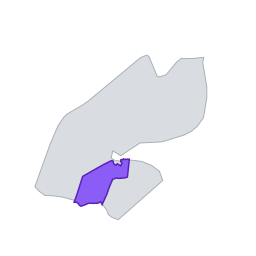 Dilkhil, Dikhil, Djibouti shown in context, rotated 23°
{"feature_id": "41766387B9467441741428", "entity_name": "Dilkhil", "entity_type": "district", "adm_level": 2, "iso_a3": "DJI", "parent_name": "Djibouti", "parent_adm1": "Dikhil", "projection": "equal_earth", "projection_center": [42.604, 11.271], "detail": "fine", "context": "in_parent", "style": "filled", "palette": "violet", "viewbox_px": 256, "rotation_deg": 23, "n_neighbors": 0, "source": "geoboundaries", "source_scale": "gbopen_adm2", "svg_char_len": 1844}
<svg xmlns="http://www.w3.org/2000/svg" viewBox="0 0 256 256"><g transform="rotate(23 128 128)"><path d="M180.5,162.7L173.6,177.1L164.8,195.4L154.8,216.3L148.5,216.5L143.6,215.3L140.3,211.7L133.4,207.9L125.7,207.6L118.3,211.2L105.8,215.7L94.5,217.2L85.4,219.7L77.9,222.6L71.1,221.0L65.2,218.4L63.9,196.1L62.6,172.0L62.7,153.2L64.8,142.8L66.7,138.7L77.3,124.4L81.0,118.5L93.2,94.8L103.7,74.5L111.5,59.3L113.9,56.3L117.1,53.4L119.5,54.2L134.6,68.9L137.3,68.5L142.4,63.9L147.0,48.3L150.2,42.6L151.6,42.7L161.3,38.3L170.1,33.4L171.2,38.5L184.6,59.6L188.9,69.9L193.4,88.9L191.1,99.4L187.6,106.3L182.5,112.4L164.7,127.5L144.9,137.1L132.2,156.3L122.8,155.0L124.3,162.2L127.8,163.0L133.3,161.7L144.2,156.1L153.8,153.4L164.3,153.2L173.8,155.6L180.5,162.7Z" fill="#d9dde1" stroke="#a8b0b8" stroke-width="1"/><path d="M105.2,190.3L106.9,208.4L107.4,217.4L108.2,217.2L109.2,216.6L109.6,216.6L111.0,216.7L112.7,217.5L113.5,218.1L115.1,218.4L115.9,217.8L116.0,217.8L117.0,216.7L117.8,216.1L121.0,212.8L122.1,212.2L124.6,211.2L125.9,210.8L128.4,209.4L129.0,209.5L129.9,208.7L131.1,207.1L131.6,206.7L132.3,206.8L133.4,207.7L133.5,208.0L134.1,208.6L134.4,197.4L133.9,190.0L133.9,181.2L136.7,178.7L139.9,177.7L144.6,175.1L146.5,173.6L146.4,172.6L141.4,156.1L141.2,156.1L140.6,156.7L139.3,157.0L138.7,157.5L137.9,157.7L136.8,158.6L136.4,158.6L136.2,158.3L135.8,158.2L135.7,158.6L134.9,159.6L134.1,159.7L133.8,160.3L133.9,160.6L134.4,161.3L134.3,161.6L134.5,161.9L135.6,162.2L136.1,162.6L136.2,163.7L136.1,164.0L136.0,164.6L136.3,164.7L136.2,164.9L135.9,165.2L135.8,165.8L135.4,165.5L134.8,165.6L133.5,165.2L132.7,165.3L132.2,165.1L131.9,165.9L131.6,166.3L131.5,166.9L129.6,166.8L129.1,166.6L128.6,166.1L127.8,165.2L127.4,164.6L126.9,164.4L126.6,164.1L125.3,164.7L119.7,171.3L112.1,181.1L105.2,190.3Z" fill="#8b5cf6" stroke="#5b21b6" stroke-width="1.5"/></g></svg>